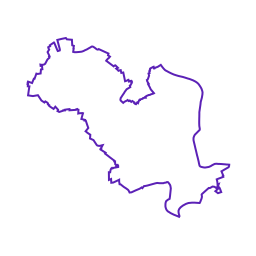 the district of Phu Xuyen, Ha Noi, Vietnam, rotated 6°
{"feature_id": "81297802B25831565259333", "entity_name": "Phu Xuyen", "entity_type": "district", "adm_level": 2, "iso_a3": "VNM", "parent_name": "Vietnam", "parent_adm1": "Ha Noi", "projection": "mercator", "projection_center": [105.908, 20.729], "detail": "fine", "context": "isolated", "style": "outline", "palette": "violet", "viewbox_px": 256, "rotation_deg": 6, "n_neighbors": 0, "source": "geoboundaries", "source_scale": "gbopen_adm2", "svg_char_len": 5757}
<svg xmlns="http://www.w3.org/2000/svg" viewBox="0 0 256 256"><g transform="rotate(6 128 128)"><path d="M232.5,153.9L231.5,153.9L230.2,154.0L228.3,154.0L223.9,154.1L221.4,154.3L219.7,154.3L218.7,154.5L217.9,154.7L215.6,156.2L214.2,157.3L212.4,158.3L208.7,159.3L207.6,159.3L206.4,159.2L204.8,159.0L203.7,158.6L203.1,158.0L202.2,155.5L201.8,154.1L200.2,149.6L199.6,148.1L197.9,143.2L197.1,141.0L196.6,139.5L195.9,137.5L195.4,136.1L194.6,133.8L194.4,133.0L194.3,132.1L194.2,131.0L194.5,129.5L194.9,128.3L195.4,127.4L196.1,126.6L198.4,123.7L199.2,122.8L199.5,122.3L199.5,121.5L199.2,120.3L198.7,118.5L198.3,115.7L198.2,114.6L198.1,113.8L198.0,112.5L197.9,111.4L197.7,108.9L197.5,106.7L197.3,104.8L197.6,97.1L197.6,94.4L198.3,90.1L198.5,86.8L198.4,84.7L197.9,83.2L196.9,81.1L195.6,79.3L194.0,77.4L193.2,76.6L192.1,75.8L190.3,74.8L187.7,73.8L184.0,72.8L182.6,72.6L179.3,71.9L177.2,71.5L172.9,71.0L170.2,70.5L167.9,70.0L165.1,69.1L162.7,68.2L160.1,67.1L159.7,67.0L158.6,66.4L157.2,65.2L155.7,63.7L154.0,61.8L151.5,63.8L151.1,64.1L148.8,65.2L148.5,65.5L148.3,65.9L148.0,66.0L147.7,65.6L147.4,65.8L147.1,65.2L147.3,64.9L147.1,64.4L146.5,64.7L145.5,65.4L144.0,66.4L143.8,66.6L143.7,66.9L143.9,67.8L143.6,68.0L143.6,68.4L143.7,69.1L143.3,69.2L143.3,69.9L143.7,71.2L142.7,71.7L143.5,73.7L142.7,77.1L142.5,77.5L142.3,78.0L141.8,78.3L142.3,79.7L142.8,80.3L143.8,81.7L144.0,81.9L143.4,82.3L145.6,85.5L146.1,86.4L146.6,87.2L147.6,88.2L150.2,90.7L149.8,91.0L147.1,92.2L146.3,92.8L145.2,93.0L143.1,94.2L142.8,94.4L142.3,95.0L142.0,95.2L142.3,95.6L142.5,96.0L140.1,96.5L139.6,96.9L139.5,97.4L136.9,98.4L137.0,99.0L136.1,99.3L135.4,102.2L134.5,101.6L133.5,103.5L132.8,103.4L131.6,102.6L131.8,102.0L129.5,100.7L128.5,101.7L126.9,100.5L126.1,101.2L125.9,101.2L124.7,100.2L123.8,101.0L122.6,101.7L121.5,102.5L120.6,103.5L119.1,102.4L117.9,101.5L117.5,100.8L117.5,100.0L117.6,99.6L117.6,99.0L117.8,98.6L118.3,97.7L118.8,96.7L119.2,95.9L120.4,93.7L120.8,92.8L121.1,92.1L122.0,90.7L122.4,89.9L122.6,89.6L122.9,89.4L126.0,87.1L125.4,85.7L126.0,85.2L126.0,84.9L126.6,83.8L126.8,83.2L127.1,82.6L126.7,82.3L126.4,82.1L126.4,81.7L126.9,81.2L126.5,80.7L125.0,81.1L124.2,81.7L123.4,80.0L123.1,80.1L122.0,81.0L120.2,81.8L119.0,78.0L117.5,73.3L115.6,73.9L114.7,71.2L113.8,71.5L112.9,72.0L112.6,72.1L112.5,71.9L110.1,70.2L111.7,69.2L108.9,67.0L108.5,67.1L108.0,67.4L107.3,68.2L99.3,63.4L99.7,62.6L100.3,61.8L101.0,60.9L101.6,60.4L102.6,58.9L100.5,57.8L100.8,56.0L90.7,52.6L90.5,52.9L90.1,53.1L89.6,53.2L89.2,53.1L88.7,53.0L86.1,51.4L84.5,50.7L84.0,50.7L83.4,50.8L83.0,51.1L82.3,51.7L81.1,52.5L78.8,54.2L77.0,55.2L75.7,56.1L74.0,56.9L71.9,57.4L68.7,58.0L66.6,58.2L65.5,58.0L65.7,54.8L65.4,54.7L65.6,52.0L63.9,51.6L63.0,46.1L57.9,46.2L56.8,45.0L52.7,46.3L48.5,47.8L51.3,55.1L51.8,56.4L52.0,57.0L52.1,57.6L52.0,58.0L51.6,58.1L51.0,58.5L50.1,58.8L49.3,57.5L45.9,51.2L45.4,50.7L41.6,53.9L42.0,54.8L40.2,56.0L40.8,57.5L41.4,58.2L40.1,60.9L42.5,64.9L42.0,65.3L42.5,66.3L41.9,67.0L41.1,67.8L40.9,68.1L40.3,69.2L39.9,70.4L39.3,71.7L39.0,72.7L37.9,73.6L37.2,73.9L35.7,74.2L34.3,74.1L34.6,75.4L36.0,75.3L36.7,78.5L35.3,78.9L35.3,79.2L35.4,82.9L32.5,83.7L31.2,83.5L29.9,88.8L29.2,88.8L27.9,93.3L23.7,92.3L23.5,93.1L23.8,93.6L24.0,94.5L23.5,94.5L23.5,94.9L23.9,94.9L24.0,97.0L25.6,96.9L25.4,100.3L25.2,106.0L30.1,106.2L35.0,104.8L39.0,109.7L42.2,111.4L43.0,110.2L44.9,111.1L45.9,111.9L45.8,112.7L47.2,113.5L47.0,114.0L48.5,115.0L52.0,116.8L53.5,114.4L56.6,117.2L56.6,118.0L56.2,118.5L57.5,119.1L58.0,119.2L61.4,117.7L61.4,117.4L63.3,117.1L63.1,116.5L64.9,116.0L67.9,115.3L68.0,115.5L68.0,116.5L74.3,115.4L74.3,115.0L75.5,114.4L76.1,114.9L76.8,115.0L77.0,118.8L77.9,118.5L78.8,118.3L81.3,117.9L81.7,118.0L81.6,118.6L81.4,119.5L80.7,123.9L82.8,124.2L84.2,124.4L84.0,125.1L85.3,125.2L87.2,129.4L88.5,132.1L86.2,135.7L87.1,136.2L87.3,136.5L89.4,137.7L91.2,138.6L91.3,140.5L91.3,141.3L91.3,142.4L94.9,143.6L98.6,148.1L99.1,148.5L99.8,148.7L100.4,148.8L101.9,148.7L103.7,148.0L104.6,147.7L103.7,150.0L103.0,151.3L103.5,151.6L103.0,152.3L108.4,155.0L107.9,155.9L110.9,157.7L113.1,159.1L118.4,162.3L118.0,162.9L118.7,163.3L119.1,165.4L120.2,165.9L120.2,166.7L121.2,166.1L121.6,165.8L122.1,166.4L122.2,166.7L122.3,167.8L119.0,168.8L118.1,169.0L117.0,169.8L116.3,169.3L115.6,170.0L115.3,170.7L115.0,171.8L114.9,173.9L113.6,174.0L114.5,181.6L116.5,180.5L117.1,184.2L119.0,183.8L124.0,180.8L124.6,180.4L124.8,182.2L125.5,184.8L126.5,184.8L128.8,186.3L130.1,187.1L132.1,188.1L134.4,189.4L135.1,190.1L135.7,191.0L136.3,192.0L138.2,191.6L142.2,189.2L145.9,187.2L147.8,185.7L148.6,186.3L150.0,184.1L151.1,183.9L153.3,183.2L160.9,180.2L162.7,179.6L165.0,179.6L168.9,179.2L169.9,178.7L171.5,178.3L172.4,177.7L173.4,177.7L174.3,178.5L175.7,180.1L176.2,181.1L176.9,183.6L176.9,191.6L176.8,194.1L175.0,195.3L173.5,196.9L173.2,198.6L173.2,199.7L173.4,202.0L173.7,203.0L174.3,204.4L175.0,205.5L175.7,206.2L176.6,206.9L177.8,207.4L179.3,208.2L182.6,209.4L187.6,210.8L188.1,211.0L188.4,210.3L188.1,209.4L187.4,207.8L187.0,206.0L186.9,205.0L187.2,203.8L187.5,203.0L188.6,201.4L190.7,199.4L193.6,197.4L195.9,196.3L199.3,195.6L202.0,195.3L207.1,195.1L207.7,193.6L208.0,192.3L208.4,191.0L208.5,190.6L208.7,189.2L208.7,188.8L208.7,188.3L208.6,188.0L208.4,187.3L208.2,186.5L208.3,186.3L208.6,185.8L210.4,183.8L212.4,181.6L213.3,180.6L213.5,180.4L214.6,179.2L215.6,179.2L216.4,178.7L218.2,177.4L219.1,177.4L219.9,177.4L220.5,177.6L222.1,178.5L222.8,177.4L224.2,178.7L221.5,181.7L224.3,183.4L227.4,182.0L226.1,179.4L225.4,178.1L225.0,177.7L223.7,176.7L223.8,175.6L224.1,174.3L223.0,175.0L222.6,172.8L222.3,171.7L222.0,170.8L221.6,169.8L222.9,169.1L227.8,166.7L227.3,165.9L227.8,165.5L226.5,163.2L225.5,161.3L226.5,160.6L227.8,159.6L232.0,156.6L232.3,156.1L232.5,155.2L232.5,153.9Z" fill="none" stroke="#5b21b6" stroke-width="2"/></g></svg>